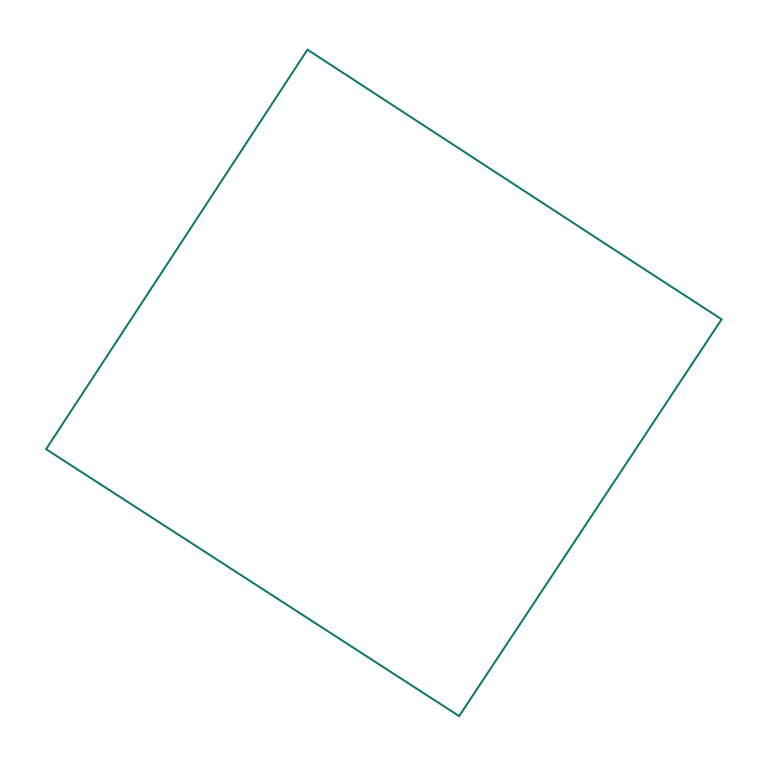 Donley, Texas, United States of America, rotated 213°
{"feature_id": "52423323B98750800467499", "entity_name": "Donley", "entity_type": "district", "adm_level": 2, "iso_a3": "USA", "parent_name": "United States of America", "parent_adm1": "Texas", "projection": "mercator", "projection_center": [-100.881, 34.965], "detail": "fine", "context": "isolated", "style": "outline", "palette": "teal", "viewbox_px": 768, "rotation_deg": 213, "n_neighbors": 0, "source": "geoboundaries", "source_scale": "gbopen_adm2", "svg_char_len": 238}
<svg xmlns="http://www.w3.org/2000/svg" viewBox="0 0 768 768"><g transform="rotate(213 384 384)"><path d="M140.1,146.4L136.1,622.1L267.1,622.1L630.3,622.7L631.9,145.3L140.1,146.4Z" fill="none" stroke="#0f766e" stroke-width="2"/></g></svg>